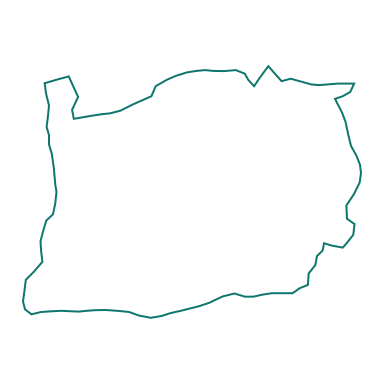 Paço do Lumiar, Maranhão, Brazil (Albers equal-area conic projection)
{"feature_id": "56859067B28423582121888", "entity_name": "Paço do Lumiar", "entity_type": "district", "adm_level": 2, "iso_a3": "BRA", "parent_name": "Brazil", "parent_adm1": "Maranhão", "projection": "albers", "projection_center": [-44.126, -2.504], "detail": "fine", "context": "isolated", "style": "outline", "palette": "teal", "viewbox_px": 384, "rotation_deg": 0, "n_neighbors": 0, "source": "geoboundaries", "source_scale": "gbopen_adm2", "svg_char_len": 1377}
<svg xmlns="http://www.w3.org/2000/svg" viewBox="0 0 384 384"><path d="M348.3,134.9L345.5,121.7L342.0,112.5L335.0,98.9L342.8,96.2L350.3,91.9L354.1,83.6L338.0,83.6L318.8,85.1L311.1,84.4L300.7,81.5L290.7,78.7L281.6,81.2L268.3,66.2L259.3,78.4L254.1,86.2L248.3,79.9L244.8,73.7L235.8,70.1L224.0,71.1L213.0,70.9L205.2,70.1L196.5,70.9L187.0,72.4L176.2,75.7L167.2,79.6L155.7,86.2L151.4,96.2L132.9,104.4L120.4,110.7L109.8,113.4L102.4,114.1L90.1,116.0L73.8,118.8L72.1,109.8L78.1,96.9L73.6,87.1L68.7,76.4L58.5,79.2L44.7,83.2L46.0,93.4L49.0,105.5L47.9,116.8L46.6,126.8L49.0,135.3L49.0,144.3L51.8,153.8L53.8,167.6L54.5,175.9L55.3,184.7L56.5,191.9L55.3,203.2L53.0,214.3L46.3,220.5L43.1,231.2L40.5,241.3L41.1,250.8L42.4,261.8L34.0,271.6L25.8,279.9L24.3,292.0L23.0,301.5L25.0,309.3L31.4,314.3L41.1,312.0L51.0,311.3L61.6,310.8L71.3,311.3L78.8,311.6L86.8,310.8L94.6,310.2L105.6,310.0L118.4,310.9L129.1,312.0L138.9,315.5L150.7,317.8L161.5,316.0L170.2,313.2L182.0,310.5L199.7,306.0L209.5,302.7L216.1,299.5L222.8,296.4L234.3,293.5L245.1,296.7L253.4,296.7L262.1,294.7L271.9,293.2L292.6,293.2L299.7,288.2L307.9,284.9L308.7,273.5L315.4,264.9L316.9,256.2L322.7,250.4L324.0,243.3L331.8,245.6L342.8,247.6L347.8,241.8L353.3,234.8L354.5,224.1L347.0,218.7L346.4,205.5L354.1,193.9L359.7,182.4L361.0,173.1L360.0,164.8L356.5,155.8L351.0,145.9L348.3,134.9Z" fill="none" stroke="#0f766e" stroke-width="2"/></svg>